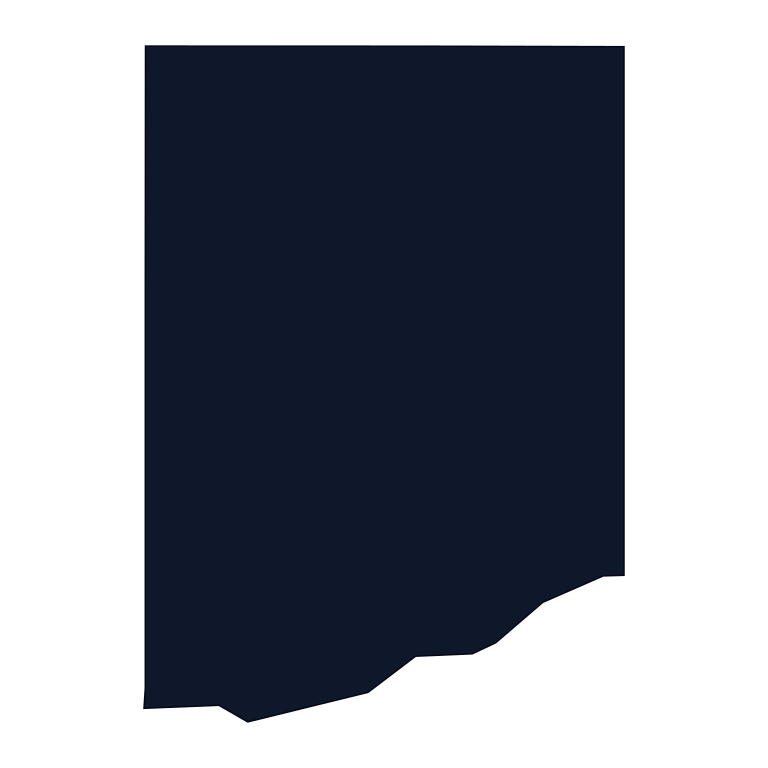 outline of Colfax, Nebraska, United States of America
{"feature_id": "52423323B6784143076290", "entity_name": "Colfax", "entity_type": "district", "adm_level": 2, "iso_a3": "USA", "parent_name": "United States of America", "parent_adm1": "Nebraska", "projection": "mercator", "projection_center": [-97.093, 41.56], "detail": "fine", "context": "isolated", "style": "filled", "palette": "ink", "viewbox_px": 768, "rotation_deg": 0, "n_neighbors": 0, "source": "geoboundaries", "source_scale": "gbopen_adm2", "svg_char_len": 331}
<svg xmlns="http://www.w3.org/2000/svg" viewBox="0 0 768 768"><path d="M145.5,46.1L145.3,287.2L145.3,688.1L144.0,708.3L218.9,705.3L247.7,721.9L368.1,692.3L415.6,656.2L472.3,653.8L495.8,642.7L542.8,602.3L603.2,575.9L624.0,575.3L624.0,46.7L466.6,46.3L413.2,46.2L145.5,46.1Z" fill="#0f172a" stroke="#020617" stroke-width="1.5"/></svg>